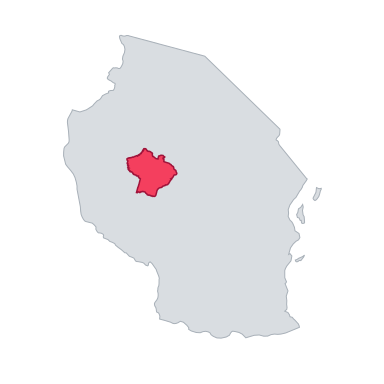 Sikonge, Tabora, United Republic of Tanzania shown in context, rotated 15°
{"feature_id": "72390352B96655451787370", "entity_name": "Sikonge", "entity_type": "district", "adm_level": 2, "iso_a3": "TZA", "parent_name": "United Republic of Tanzania", "parent_adm1": "Tabora", "projection": "mercator", "projection_center": [32.873, -6.086], "detail": "fine", "context": "in_parent", "style": "filled", "palette": "rose", "viewbox_px": 384, "rotation_deg": 15, "n_neighbors": 0, "source": "geoboundaries", "source_scale": "gbopen_adm2", "svg_char_len": 8666}
<svg xmlns="http://www.w3.org/2000/svg" viewBox="0 0 384 384"><g transform="rotate(15 192 192)"><path d="M142.8,268.1L138.7,266.0L135.0,264.6L132.0,263.2L130.7,261.8L127.8,261.2L125.4,261.0L123.1,259.7L118.4,259.2L117.9,258.3L117.8,256.4L117.0,255.8L115.3,255.3L113.5,255.4L112.4,255.7L111.7,255.5L110.2,254.4L108.8,252.9L108.3,250.6L106.1,249.1L103.7,247.9L96.9,248.0L95.8,247.7L94.2,246.5L92.3,244.5L90.7,242.3L89.4,239.3L88.0,235.2L80.2,219.0L79.4,216.0L77.8,212.6L75.3,208.4L72.7,205.3L69.1,202.5L65.0,199.7L62.8,197.9L58.6,190.3L57.7,186.7L57.1,183.0L57.3,181.5L60.0,176.8L60.2,175.4L59.9,173.6L58.6,169.9L57.0,165.3L53.6,156.9L53.2,154.8L53.2,153.2L55.2,144.8L55.1,143.6L63.0,143.7L68.7,140.0L73.7,134.5L74.7,132.2L76.7,128.6L78.7,126.8L79.5,125.6L80.6,122.1L83.2,119.7L85.8,117.8L85.3,116.5L85.6,116.0L87.0,115.1L89.7,114.2L90.2,112.4L90.2,110.3L89.8,109.1L89.9,107.7L89.5,107.0L87.7,106.8L85.1,105.7L82.9,105.3L81.4,104.7L80.8,104.2L80.6,103.0L81.8,99.7L80.6,98.4L83.3,93.0L83.8,92.4L84.8,92.3L86.4,91.7L87.8,91.5L89.0,91.7L89.9,91.5L90.7,90.9L91.3,89.0L91.9,86.0L91.6,83.5L90.4,81.6L90.1,78.7L90.7,74.8L90.3,71.5L89.0,68.9L87.7,67.4L85.8,66.6L82.7,62.7L81.7,60.7L81.9,59.5L83.0,59.0L84.9,59.2L86.8,58.8L88.5,57.7L90.2,57.4L91.1,57.5L169.2,57.5L260.6,108.5L260.9,109.1L261.7,113.5L261.5,115.0L260.1,117.5L259.7,118.9L259.7,119.8L260.0,120.1L261.2,120.3L262.2,120.9L262.6,121.3L263.4,123.2L264.4,124.2L299.1,149.3L299.9,149.6L299.4,151.7L297.4,156.9L297.3,159.0L296.6,161.5L295.8,163.1L293.8,170.3L292.1,173.0L289.9,179.3L289.5,184.1L290.8,187.5L291.2,190.7L293.9,193.8L296.0,194.9L297.5,196.3L300.1,199.6L301.5,202.8L306.1,204.4L308.0,208.1L307.3,210.6L305.2,212.7L303.2,216.0L301.6,220.5L301.5,227.3L302.6,226.2L305.0,227.9L305.4,232.9L302.8,238.7L302.1,241.5L301.9,243.8L303.8,250.8L306.5,254.3L306.3,255.4L305.6,256.4L310.3,262.7L310.0,268.2L311.7,272.4L312.5,276.1L313.7,279.0L313.9,280.9L312.4,283.1L315.9,283.6L317.9,285.4L318.9,287.1L321.4,287.1L322.7,288.2L324.7,289.2L329.0,292.0L330.1,293.5L330.8,294.9L319.0,303.9L314.7,306.2L311.7,307.3L308.4,307.9L305.3,309.3L302.4,311.6L298.6,312.7L294.0,312.7L289.2,314.3L281.7,318.9L277.3,316.3L273.8,315.5L269.9,315.6L267.4,315.9L266.6,316.5L265.8,318.1L265.2,320.7L262.6,323.2L258.0,325.6L253.8,326.5L249.9,325.9L247.3,324.9L246.0,323.5L244.0,322.9L241.3,323.0L238.8,324.0L236.4,325.8L232.5,326.6L227.2,326.4L224.3,325.5L224.0,323.9L221.6,322.1L217.4,320.0L214.2,319.9L212.2,322.0L210.4,323.2L208.7,323.8L207.2,323.8L205.1,323.3L199.2,323.1L193.6,323.1L193.1,320.2L191.9,318.4L190.9,317.4L189.0,317.1L188.5,316.3L187.8,314.5L186.9,312.9L185.6,311.7L184.9,310.5L184.6,309.4L184.8,308.2L186.0,305.2L186.4,303.2L186.2,301.1L185.6,298.9L184.3,296.4L184.4,295.7L184.0,293.9L183.9,292.7L184.2,291.2L183.9,289.2L182.8,284.9L182.8,283.9L181.6,281.8L177.9,276.9L177.7,276.3L171.9,271.4L169.6,270.3L168.8,271.2L168.5,272.1L168.7,273.7L168.6,274.4L168.3,274.8L167.0,274.7L166.1,274.6L163.9,273.2L162.2,272.9L158.0,273.2L156.5,273.5L155.3,273.2L153.0,270.9L150.4,270.5L148.1,270.3L144.2,267.8L142.8,268.1ZM306.7,186.8L308.6,192.1L308.4,193.1L307.1,193.7L306.3,193.8L305.5,192.9L304.9,191.1L303.9,191.5L302.2,189.4L300.4,189.3L298.9,186.7L299.5,184.5L299.2,180.7L301.0,178.7L302.1,175.4L303.3,177.7L303.5,181.2L305.2,185.3L306.7,186.8ZM315.9,155.0L316.1,156.3L315.7,157.4L315.8,161.2L315.6,163.7L314.2,167.2L313.0,168.4L312.0,168.1L311.1,167.5L310.5,166.6L311.8,160.2L311.1,155.5L313.8,156.0L315.9,155.0ZM312.1,232.0L310.7,232.4L310.2,232.1L309.4,231.0L310.8,230.1L312.2,228.4L315.5,225.8L317.0,223.8L316.7,225.8L314.9,230.1L313.3,230.4L312.1,232.0Z" fill="#d9dde1" stroke="#a8b0b8" stroke-width="1"/><path d="M138.5,206.9L139.3,206.9L139.5,206.7L139.5,206.1L139.9,206.0L140.0,205.8L140.4,205.9L140.7,205.8L140.8,205.7L141.0,205.7L141.2,205.8L141.3,206.0L141.5,206.1L142.0,205.9L142.1,205.6L142.3,205.4L142.4,205.1L142.7,205.0L142.8,204.8L143.1,204.9L143.4,204.9L143.6,204.7L144.1,204.4L144.3,204.1L144.6,204.1L144.8,204.2L145.1,204.3L145.3,204.2L145.5,204.1L146.0,204.2L146.4,204.1L146.7,204.2L146.8,204.4L147.2,204.6L147.5,204.9L147.6,205.0L147.8,205.2L148.6,205.4L148.9,205.7L149.2,205.8L149.4,206.2L149.9,206.3L150.3,206.2L150.6,206.4L150.9,206.2L151.6,206.1L151.8,206.0L152.0,206.0L152.3,206.2L152.5,206.1L152.9,206.2L153.1,206.3L153.2,206.2L153.6,206.4L154.0,206.4L154.1,206.2L154.5,206.1L154.9,206.2L155.1,206.2L155.2,206.3L155.3,206.4L155.9,206.0L156.1,206.0L156.3,206.1L156.7,206.0L156.9,206.0L157.2,205.8L157.7,205.1L157.9,204.3L157.9,204.1L157.9,201.2L157.8,199.7L158.0,199.1L158.1,198.5L158.4,198.1L158.5,197.6L158.8,197.2L159.2,196.7L159.6,196.3L160.4,195.9L160.8,195.9L161.3,195.4L161.7,195.2L161.8,195.0L162.2,194.1L162.4,194.0L162.6,193.7L162.9,193.6L163.3,193.4L163.7,193.0L163.9,192.9L164.1,192.9L164.3,192.8L164.4,192.5L164.4,192.2L164.5,192.1L164.7,191.9L165.6,191.8L166.6,191.1L166.6,190.9L166.8,190.5L167.3,189.9L167.3,189.7L167.4,189.3L167.4,188.9L167.9,187.7L168.0,186.6L168.7,185.5L169.0,184.9L169.1,184.4L168.5,184.4L169.2,183.7L169.6,183.0L169.9,182.1L170.0,181.8L170.1,180.8L170.3,180.3L170.5,180.1L171.9,179.6L172.1,179.4L172.4,179.0L172.5,178.3L172.5,177.8L172.1,177.3L171.3,176.4L171.0,175.6L170.7,175.3L169.5,174.9L168.5,174.4L168.4,174.2L168.2,173.8L168.1,173.4L167.9,173.1L167.9,172.9L167.7,172.7L167.5,172.4L167.0,172.3L166.9,172.1L165.4,171.7L164.7,171.0L164.1,170.8L163.5,170.7L163.2,170.6L162.6,170.2L159.4,170.1L157.6,170.0L156.9,169.9L156.8,169.6L156.7,168.6L156.6,168.3L156.4,167.8L155.4,167.4L155.5,166.6L155.4,166.5L155.5,166.4L156.0,166.3L155.9,166.3L156.1,166.3L156.4,166.0L156.5,165.7L156.9,165.2L157.1,165.1L156.7,165.1L156.3,165.1L155.6,164.9L155.0,164.5L154.6,164.2L152.5,164.5L152.0,164.9L151.0,165.7L150.7,165.7L150.6,165.8L150.5,166.0L150.5,167.6L150.6,168.9L148.5,169.1L145.7,167.8L144.9,167.8L144.8,167.4L144.5,167.3L144.4,167.2L144.2,166.5L143.8,165.7L143.8,164.9L143.2,164.5L142.4,164.4L142.1,164.2L141.9,164.0L141.7,163.9L141.3,163.9L141.0,163.8L140.9,164.0L140.9,163.8L140.5,163.7L140.3,163.8L140.0,163.8L139.8,163.8L139.6,163.9L139.3,163.9L139.1,164.1L138.8,164.0L138.4,163.8L138.2,163.7L138.1,163.8L138.0,163.7L137.7,163.4L136.9,162.8L136.7,162.6L136.1,162.2L135.5,162.4L135.3,162.3L135.1,162.5L134.8,162.5L134.4,162.6L134.4,162.9L134.2,163.0L134.3,163.4L134.2,163.5L134.0,164.0L133.9,164.0L133.8,164.3L133.8,164.6L133.7,164.6L133.7,164.8L133.8,164.8L133.7,164.9L133.8,165.1L133.7,165.1L133.8,165.4L133.8,165.6L133.7,165.7L133.8,165.8L133.6,166.0L133.2,166.4L133.2,166.7L133.2,166.8L133.1,167.1L133.0,167.7L132.7,167.6L132.6,167.8L132.5,168.1L132.4,168.1L132.4,168.4L132.2,168.5L131.9,169.0L131.6,169.1L131.5,169.6L131.6,169.9L131.2,170.0L131.1,169.9L130.9,170.2L130.7,170.0L130.4,170.3L130.3,170.6L130.3,170.8L130.2,171.3L129.9,171.2L129.8,171.3L129.7,171.2L129.3,171.3L128.9,171.3L128.7,171.5L128.4,171.8L128.2,172.1L127.9,172.4L127.3,172.6L127.1,172.6L126.9,172.9L126.8,173.1L126.7,173.2L126.3,173.6L125.8,173.6L125.5,173.6L125.4,173.7L125.3,173.9L125.1,174.0L124.9,174.2L124.4,174.4L124.4,174.5L123.6,174.8L123.5,175.0L123.3,175.0L123.0,175.2L122.8,175.1L122.5,175.2L122.4,175.3L122.3,175.5L122.1,175.7L121.8,175.6L121.5,175.8L120.6,176.8L120.7,177.0L120.7,177.3L120.8,177.5L121.0,177.9L121.2,178.1L121.4,178.1L121.7,178.2L122.0,178.7L122.1,179.1L122.0,179.4L122.0,179.6L122.0,180.0L121.9,180.2L121.9,180.3L122.0,180.4L122.1,180.5L122.3,180.8L122.2,181.1L122.4,181.1L122.5,181.2L122.7,181.3L122.6,181.5L122.7,181.8L122.9,181.9L122.8,182.2L122.7,182.2L122.7,182.3L123.0,182.4L123.0,182.5L123.2,182.8L123.2,183.0L123.5,183.0L123.3,183.3L123.6,183.4L123.6,183.6L123.7,183.9L123.8,183.8L124.1,184.1L123.9,184.4L124.1,184.5L124.0,185.0L124.4,185.1L124.2,185.2L124.4,185.3L124.6,185.6L124.4,186.0L124.5,186.0L124.6,186.3L124.9,186.4L124.8,186.6L125.0,186.8L124.9,186.9L125.0,187.0L125.4,187.3L125.7,187.3L125.9,187.3L126.0,187.5L126.3,187.9L126.6,187.8L126.6,188.0L126.8,188.0L127.1,188.4L127.4,188.3L127.4,188.1L127.7,188.1L127.7,188.3L128.0,188.2L128.3,188.1L128.5,188.1L128.8,188.2L128.9,188.3L128.9,188.5L129.1,188.6L129.9,188.9L130.0,189.3L130.3,189.4L130.3,189.5L130.5,189.5L130.9,190.0L131.0,189.9L131.1,190.0L131.4,190.0L131.8,190.1L132.0,190.0L132.3,190.0L132.6,190.3L133.1,190.2L133.5,190.2L133.6,190.3L133.9,190.3L134.0,190.5L134.2,190.4L134.4,190.6L134.5,190.7L134.6,190.8L134.8,190.7L135.2,190.7L135.3,190.6L135.6,190.6L135.8,190.7L136.0,190.6L136.0,190.9L136.4,191.4L136.5,191.4L136.6,191.5L136.9,191.6L137.1,192.0L137.4,192.2L137.5,192.1L137.9,192.2L138.0,192.3L138.7,192.6L138.7,194.9L138.7,195.4L138.8,197.8L138.7,199.0L138.7,200.3L138.7,200.9L138.6,201.1L138.5,201.4L138.5,206.9Z" fill="#f43f5e" stroke="#9f1239" stroke-width="1.5"/></g></svg>